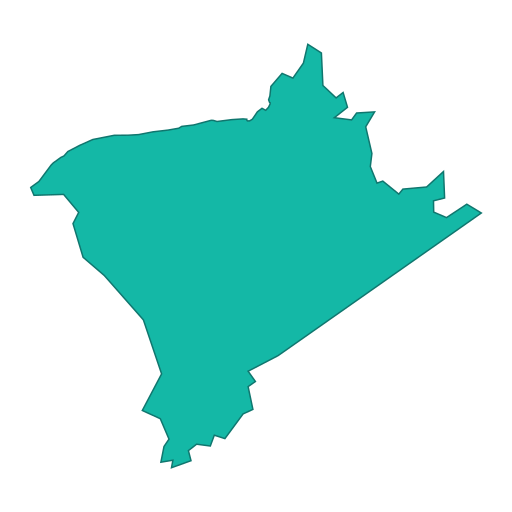 the district of Crittenden, Kentucky, United States of America
{"feature_id": "52423323B72365040154578", "entity_name": "Crittenden", "entity_type": "district", "adm_level": 2, "iso_a3": "USA", "parent_name": "United States of America", "parent_adm1": "Kentucky", "projection": "natural_earth1", "projection_center": [-88.105, 37.337], "detail": "fine", "context": "isolated", "style": "filled", "palette": "teal", "viewbox_px": 512, "rotation_deg": 0, "n_neighbors": 0, "source": "geoboundaries", "source_scale": "gbopen_adm2", "svg_char_len": 1256}
<svg xmlns="http://www.w3.org/2000/svg" viewBox="0 0 512 512"><path d="M30.7,187.5L34.0,195.3L63.6,194.4L78.7,212.4L73.0,223.6L83.1,257.3L104.3,275.5L143.4,319.9L161.6,373.9L142.3,410.5L160.3,418.7L169.0,439.1L164.0,446.5L160.9,462.2L172.9,460.2L171.5,467.7L191.0,460.7L188.4,450.6L196.6,444.2L210.3,446.0L214.3,435.2L224.9,438.6L243.1,413.9L252.9,409.4L248.1,386.6L255.4,381.5L248.1,371.2L278.1,355.6L481.3,213.0L466.8,204.2L446.5,217.6L433.7,212.1L433.5,200.8L444.6,198.0L443.5,171.5L426.6,187.0L402.9,189.1L398.8,194.1L382.8,181.1L377.0,183.1L370.3,166.6L371.9,153.5L365.7,126.8L374.6,111.9L356.6,113.0L351.6,119.9L334.3,117.7L347.5,107.3L343.1,92.5L336.1,97.9L322.9,85.5L321.4,53.0L307.8,44.3L303.4,63.1L292.9,78.1L282.1,73.4L270.9,86.4L270.9,86.5L269.9,95.9L268.6,99.8L269.6,102.5L270.2,102.8L270.1,104.0L268.5,107.3L265.7,110.3L265.1,110.0L262.0,108.3L257.4,111.8L252.4,119.2L249.6,120.9L247.4,120.9L246.8,120.2L246.8,119.2L243.0,118.9L232.0,119.6L217.0,121.5L213.3,120.4L211.2,120.3L193.5,125.0L181.7,126.4L178.8,128.2L168.0,130.1L153.2,131.8L138.6,134.6L128.3,135.2L114.2,135.3L92.8,139.5L79.8,145.3L67.9,151.5L63.9,156.0L60.9,157.4L53.3,162.9L51.2,165.0L38.9,181.5L30.8,187.4L30.7,187.5Z" fill="#14b8a6" stroke="#0f766e" stroke-width="1.5"/></svg>